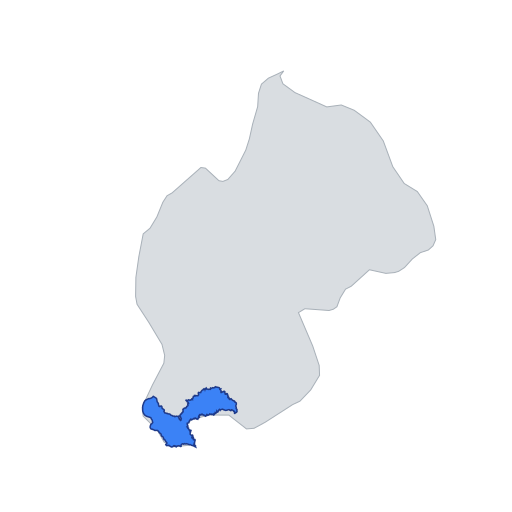 Rusizi, Western, Rwanda (highlighted), rotated 332°
{"feature_id": "39286606B89224673348511", "entity_name": "Rusizi", "entity_type": "district", "adm_level": 2, "iso_a3": "RWA", "parent_name": "Rwanda", "parent_adm1": "Western", "projection": "orthographic", "projection_center": [29.077, -2.558], "detail": "fine", "context": "in_parent", "style": "filled", "palette": "blue", "viewbox_px": 512, "rotation_deg": 332, "n_neighbors": 0, "source": "geoboundaries", "source_scale": "gbopen_adm2", "svg_char_len": 7110}
<svg xmlns="http://www.w3.org/2000/svg" viewBox="0 0 512 512"><g transform="rotate(332 256 256)"><path d="M205.8,161.0L211.5,160.9L248.9,152.0L252.6,154.7L258.6,172.1L261.8,174.6L267.0,175.2L277.4,171.3L296.7,157.7L305.1,149.5L315.0,137.9L327.6,124.9L334.6,113.5L341.5,106.8L350.5,104.8L360.5,105.4L367.4,105.6L361.7,108.3L360.6,116.6L367.1,130.0L388.5,157.6L402.2,162.7L411.1,173.4L419.8,191.5L422.4,214.2L418.7,241.4L420.9,261.6L428.7,274.9L430.8,292.1L427.0,313.2L422.4,325.9L417.1,330.1L411.0,331.6L402.7,330.2L392.7,332.0L381.7,335.9L374.8,336.5L370.6,335.7L362.5,332.3L349.7,321.4L325.9,327.4L319.5,327.3L310.7,332.5L303.6,338.8L299.3,339.3L294.9,338.4L274.4,325.5L266.9,325.9L263.8,362.2L260.4,382.3L256.1,391.2L241.5,399.9L226.7,404.8L218.6,404.4L186.1,407.1L173.4,407.2L166.4,404.2L157.3,383.7L140.1,374.5L123.5,370.3L116.8,371.4L110.8,382.2L108.4,391.8L92.3,385.2L87.5,377.1L87.1,363.3L81.2,344.4L84.5,336.4L90.8,331.2L104.1,321.2L124.3,307.4L128.7,300.9L131.5,289.9L130.2,264.4L128.3,242.8L130.7,235.2L139.9,218.5L152.3,201.5L166.8,183.5L175.5,181.7L186.9,174.9L199.0,164.8L205.8,161.0Z" fill="#d9dde1" stroke="#a8b0b8" stroke-width="1"/><path d="M165.7,366.8L165.4,366.3L165.5,366.0L165.9,365.0L165.5,364.7L165.9,364.0L165.6,363.7L164.3,363.8L164.0,363.6L164.0,363.4L164.4,363.0L164.2,362.1L164.8,361.2L164.6,360.6L163.8,360.3L163.4,360.5L162.8,360.5L162.3,360.0L161.4,360.3L161.1,360.2L161.1,359.8L161.7,358.7L162.0,358.2L161.8,356.9L162.0,356.8L161.5,356.7L161.8,356.1L161.7,355.0L161.1,354.4L160.8,354.3L160.4,353.8L159.7,353.4L159.3,353.1L159.1,352.5L158.0,352.5L157.8,352.8L156.5,352.5L155.9,351.9L154.9,352.0L154.3,351.8L154.0,351.4L153.8,351.9L153.1,352.3L152.7,351.9L152.4,351.9L152.1,351.5L151.8,351.6L151.2,351.4L149.9,350.0L150.0,349.7L149.6,349.9L149.5,349.4L149.0,349.7L148.8,349.4L148.3,349.9L148.4,349.4L148.0,349.2L147.8,349.3L147.6,348.9L147.3,349.1L147.0,349.0L146.8,349.3L145.6,349.2L144.7,349.5L143.8,349.9L143.1,350.6L142.8,350.4L142.5,350.4L141.6,349.8L141.4,349.5L141.1,349.5L140.6,350.0L140.2,351.6L139.1,352.1L138.8,351.8L138.2,351.7L137.4,350.9L136.8,350.6L136.6,350.9L136.1,350.3L135.9,350.5L135.8,350.3L135.8,350.7L135.6,350.8L134.7,350.6L134.3,351.3L133.6,351.7L133.3,352.2L132.4,351.9L132.1,352.3L132.2,352.9L130.8,352.3L130.4,352.5L129.8,352.3L129.5,351.8L128.8,351.2L128.0,351.6L127.3,351.2L126.7,350.5L126.5,349.9L126.4,350.7L126.8,351.7L126.8,352.5L127.3,353.0L127.4,353.6L127.0,353.9L127.1,354.6L126.2,354.6L125.8,356.0L125.3,356.3L124.1,356.3L123.3,357.2L122.4,357.0L122.0,357.1L121.8,356.8L121.0,356.7L120.3,357.0L119.9,356.9L119.6,357.1L119.8,357.3L119.3,357.6L119.1,358.1L118.8,358.5L118.6,359.3L118.2,359.2L117.8,359.5L117.5,359.5L117.2,359.8L116.9,359.7L116.4,360.2L116.0,360.4L115.2,360.2L114.7,360.8L114.3,360.8L114.0,361.3L113.7,361.3L113.7,361.5L113.4,361.5L113.9,362.4L113.5,363.1L113.5,363.5L113.8,363.9L113.7,364.5L113.4,364.6L113.3,364.9L112.8,365.0L112.8,365.3L112.6,365.2L112.6,365.5L112.4,365.6L112.4,365.3L111.9,364.9L111.7,364.0L112.0,363.4L111.8,362.9L112.1,361.7L112.1,361.2L111.8,361.0L111.9,360.9L111.2,360.7L110.5,360.0L108.9,359.8L108.7,359.5L108.8,359.1L107.4,358.3L107.1,357.5L106.7,357.2L106.1,356.5L106.0,356.1L106.0,355.7L105.5,354.9L104.1,354.0L103.8,353.3L103.3,353.2L102.7,352.3L102.0,352.0L101.8,351.7L101.8,349.8L102.5,349.4L102.7,348.8L102.5,348.1L101.6,346.6L102.2,344.6L101.8,343.8L100.4,343.8L99.8,343.0L100.1,342.4L100.0,341.7L100.6,340.4L100.3,338.3L101.2,335.5L101.2,335.0L101.0,334.4L99.4,331.7L98.3,332.1L97.1,332.3L95.0,332.0L94.6,331.6L93.8,331.5L90.9,331.4L89.8,331.7L88.0,332.9L85.7,335.1L84.4,337.1L84.2,337.9L83.9,338.1L83.2,339.7L82.8,342.3L83.1,344.3L84.1,346.1L87.2,349.3L87.1,351.0L87.3,352.1L86.6,354.6L85.1,355.2L84.1,355.3L82.7,356.6L82.0,357.8L82.0,358.9L82.2,359.6L83.3,360.4L83.5,360.9L84.0,361.2L84.7,362.5L86.9,363.6L87.3,364.1L87.7,365.5L87.7,366.6L88.5,368.3L88.4,369.4L88.1,370.0L88.2,370.9L88.6,371.4L89.0,372.4L88.8,373.4L88.6,373.8L88.8,374.1L88.6,374.8L88.7,375.1L89.0,375.2L89.3,375.7L89.2,377.5L89.5,378.1L89.6,378.9L89.5,379.4L89.2,379.7L87.8,380.1L87.8,380.6L88.1,381.5L88.5,381.7L89.2,381.8L89.5,382.2L89.8,382.1L90.3,382.3L90.4,382.9L91.6,384.9L92.6,385.2L94.0,385.1L94.4,385.4L94.6,385.0L95.0,385.2L95.6,385.9L95.5,386.5L96.1,387.1L96.4,386.8L96.8,386.7L97.0,386.9L97.3,386.8L98.9,387.3L100.1,388.9L100.5,388.9L100.9,388.0L101.5,387.5L102.5,387.3L103.0,387.3L103.9,388.3L104.4,388.0L105.1,388.2L105.4,388.8L106.1,389.2L106.6,389.1L108.6,391.3L109.6,391.8L110.0,392.7L111.5,394.1L111.9,394.2L112.0,394.9L112.9,396.1L112.9,395.2L113.2,395.1L113.0,394.4L113.3,394.6L113.1,393.4L113.3,393.2L113.1,393.0L113.3,392.8L113.2,392.7L113.4,392.5L113.5,392.8L113.7,392.7L114.0,391.9L114.4,391.7L114.9,391.0L115.8,390.0L115.5,389.8L115.3,389.6L115.5,389.3L114.8,389.1L114.5,388.7L115.0,388.2L114.6,387.4L114.8,387.1L115.4,387.2L115.4,386.5L114.1,386.2L114.4,385.8L114.7,385.8L114.9,386.0L115.7,385.5L115.9,384.5L115.7,384.2L115.3,384.3L114.9,384.2L114.5,383.5L114.2,383.2L114.0,383.3L114.4,383.0L114.2,382.3L114.7,381.6L115.0,380.9L115.4,380.8L115.4,380.2L115.6,380.4L116.0,380.2L116.6,379.6L116.2,379.4L116.2,378.9L115.3,378.0L115.4,377.5L115.2,376.3L115.4,376.2L115.2,376.0L115.3,375.7L115.0,375.8L115.0,375.1L115.3,374.6L115.1,374.4L116.0,374.2L116.2,373.4L116.0,372.8L116.4,372.4L116.7,371.4L118.5,371.7L119.0,370.9L119.9,370.4L120.0,370.2L121.2,369.7L121.7,369.9L122.0,369.6L122.4,370.5L123.0,370.3L123.6,370.5L124.6,370.2L124.8,370.5L125.2,370.4L125.5,370.6L126.0,370.5L125.9,370.9L126.2,370.8L126.3,371.1L126.6,371.2L126.8,371.6L127.4,371.7L127.3,372.3L127.8,372.4L128.0,372.8L129.3,371.8L129.9,372.0L130.1,371.8L130.4,371.7L130.0,370.8L130.4,370.4L130.9,370.4L131.0,370.1L131.6,370.2L131.8,369.6L132.0,369.6L132.0,370.3L132.3,370.3L132.4,370.1L133.0,370.5L133.5,370.2L134.1,370.2L134.0,371.1L135.1,371.6L135.1,372.1L135.6,372.3L136.0,372.8L136.0,373.7L136.4,373.8L136.5,373.6L137.5,373.5L137.7,373.1L138.3,372.8L138.5,373.3L138.0,373.6L138.1,373.8L138.5,373.7L139.1,374.1L139.8,374.0L140.0,374.1L140.7,374.0L141.1,373.7L141.9,374.8L142.2,375.0L142.7,374.8L143.2,375.5L143.8,375.6L143.8,376.4L144.0,376.6L144.6,376.4L144.6,376.0L145.0,375.8L145.1,375.5L145.5,375.7L145.8,376.0L146.2,376.0L146.7,375.8L146.7,375.3L147.3,375.8L147.5,375.6L147.5,375.3L148.2,375.0L148.5,375.4L148.7,374.8L148.9,375.5L149.4,375.7L150.0,375.0L150.9,374.6L151.4,374.3L151.8,374.3L151.8,374.5L152.2,374.9L152.1,375.3L152.5,375.1L153.1,375.2L154.7,375.6L155.1,376.5L155.5,376.6L156.1,377.5L156.7,378.1L158.0,378.5L159.4,378.7L160.4,379.2L160.5,379.9L161.2,380.8L161.5,380.7L161.7,380.3L162.3,380.3L163.5,382.0L163.3,382.5L163.9,383.0L163.8,383.6L163.9,383.8L163.3,384.3L163.3,384.9L163.0,385.1L162.8,385.3L163.9,384.8L164.6,384.9L165.6,384.8L166.3,384.3L166.7,383.2L167.2,382.5L166.8,381.5L167.5,380.4L167.7,378.9L169.1,377.6L169.6,376.5L169.2,375.6L168.8,375.2L169.0,374.5L168.6,374.1L168.7,373.6L167.5,372.4L167.0,370.3L166.5,370.2L165.6,370.5L165.2,369.8L165.2,369.4L165.6,369.0L165.6,368.5L165.5,368.3L165.0,368.2L164.7,367.8L165.2,367.0L165.7,366.8Z" fill="#3b82f6" stroke="#1e3a8a" stroke-width="1.5"/></g></svg>